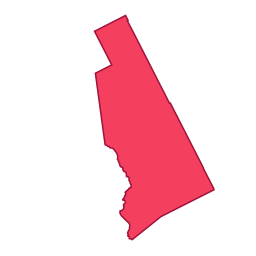 Lander, Nevada, United States of America, rotated 333°
{"feature_id": "52423323B98901658080705", "entity_name": "Lander", "entity_type": "district", "adm_level": 2, "iso_a3": "USA", "parent_name": "United States of America", "parent_adm1": "Nevada", "projection": "equal_earth", "projection_center": [-117.527, 40.047], "detail": "fine", "context": "isolated", "style": "filled", "palette": "rose", "viewbox_px": 256, "rotation_deg": 333, "n_neighbors": 0, "source": "geoboundaries", "source_scale": "gbopen_adm2", "svg_char_len": 2363}
<svg xmlns="http://www.w3.org/2000/svg" viewBox="0 0 256 256"><g transform="rotate(333 128 128)"><path d="M176.9,26.6L142.1,26.6L142.2,64.4L123.8,64.4L119.5,76.7L100.0,132.5L100.2,132.8L100.8,133.5L101.3,134.2L101.8,135.4L102.7,135.8L102.9,137.3L103.5,137.9L104.2,138.3L105.0,138.8L105.3,139.6L105.7,140.4L105.9,140.9L105.9,141.5L106.0,142.4L106.1,143.1L106.3,144.0L106.5,144.5L106.4,145.3L106.5,146.1L106.3,146.9L106.2,147.8L105.9,148.5L105.7,149.3L104.8,150.4L104.4,151.2L104.5,152.0L104.7,152.6L104.3,153.2L104.3,154.8L104.4,155.7L104.1,156.3L103.8,156.9L103.8,157.7L103.8,158.4L103.8,159.1L104.0,159.4L104.5,160.0L104.9,160.1L105.2,160.4L105.3,160.9L105.1,161.6L104.8,162.3L104.4,163.0L104.6,163.5L104.5,164.3L104.8,164.9L105.2,165.6L105.9,166.2L106.1,166.7L106.0,167.2L105.7,167.6L105.6,168.3L105.1,169.0L105.2,169.7L104.8,170.2L104.6,170.6L105.0,170.9L105.3,171.2L106.0,171.7L106.3,171.9L106.4,172.6L106.3,173.0L105.8,173.7L105.4,174.4L105.2,174.9L105.1,175.5L105.2,175.9L105.2,176.7L105.2,177.5L104.9,178.2L104.9,178.9L104.9,179.3L104.8,180.2L104.6,180.8L104.2,181.3L104.0,182.0L103.7,182.4L103.2,182.6L102.2,182.1L101.5,182.2L101.0,182.5L100.6,182.9L99.5,183.1L98.4,183.2L97.6,183.8L96.9,183.7L96.5,183.9L96.2,184.2L96.2,184.6L96.3,185.1L96.2,185.7L95.7,186.0L95.2,186.3L95.2,186.6L94.9,186.9L94.5,186.9L94.0,187.2L93.7,188.1L93.2,188.5L92.6,188.4L92.2,188.9L91.6,189.0L90.9,189.3L90.7,189.6L90.7,190.0L90.9,190.2L91.4,190.3L91.9,190.5L92.2,191.1L92.0,191.8L92.0,192.4L91.8,193.3L91.1,193.7L90.4,193.9L89.6,194.0L89.1,194.4L89.1,195.1L88.6,195.5L88.5,196.1L88.4,196.6L88.1,197.1L87.7,197.7L87.3,198.1L86.6,198.2L85.9,198.4L84.9,198.7L83.7,198.4L83.5,198.2L83.1,198.5L82.9,198.9L82.3,199.9L82.1,201.4L82.3,202.1L82.2,203.2L82.6,204.1L82.9,205.0L83.2,206.3L83.7,207.3L83.7,208.1L84.5,209.3L84.6,210.5L85.0,211.4L85.6,212.7L85.7,213.8L85.5,215.1L85.4,216.0L84.8,216.6L84.3,217.0L83.7,218.1L82.9,219.4L82.0,219.6L80.7,220.7L80.0,221.3L79.7,222.4L80.0,222.9L79.7,223.4L79.4,223.8L78.9,223.9L78.9,224.5L79.4,224.8L79.6,225.7L79.4,226.4L79.1,226.7L78.9,227.1L79.3,227.5L79.5,227.8L79.8,227.8L80.1,227.9L80.4,228.1L80.7,228.4L80.7,228.6L80.9,229.2L81.0,229.4L117.1,221.9L158.2,222.0L176.6,222.1L176.9,220.5L176.8,199.5L177.1,196.9L177.0,124.9L176.2,124.7L176.2,49.1L176.1,32.3L176.9,32.2L176.9,26.6Z" fill="#f43f5e" stroke="#9f1239" stroke-width="1.5"/></g></svg>